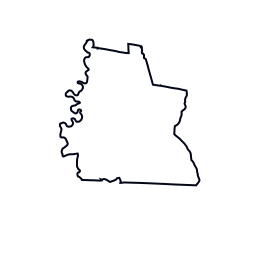 Zvoristea, Suceava, Romania, rotated 222°
{"feature_id": "2599482B58629353331319", "entity_name": "Zvoristea", "entity_type": "district", "adm_level": 2, "iso_a3": "ROU", "parent_name": "Romania", "parent_adm1": "Suceava", "projection": "robinson", "projection_center": [26.291, 47.82], "detail": "fine", "context": "isolated", "style": "outline", "palette": "ink", "viewbox_px": 256, "rotation_deg": 222, "n_neighbors": 0, "source": "geoboundaries", "source_scale": "gbopen_adm2", "svg_char_len": 5854}
<svg xmlns="http://www.w3.org/2000/svg" viewBox="0 0 256 256"><g transform="rotate(222 128 128)"><path d="M217.0,165.3L216.4,164.7L216.2,164.4L216.2,164.1L215.8,161.2L215.6,159.9L215.3,159.1L214.9,158.5L214.5,158.1L213.5,157.4L213.2,157.3L212.5,157.2L211.6,157.1L208.9,157.1L208.6,157.1L207.6,157.7L207.0,157.8L206.2,157.6L205.7,157.2L205.1,156.4L204.8,155.6L204.7,154.6L204.8,154.3L206.5,152.5L206.7,152.1L206.8,151.3L206.7,150.6L206.4,149.8L205.9,148.8L205.2,148.2L204.2,147.5L202.7,146.6L201.3,146.0L199.9,145.7L196.8,145.4L196.4,145.2L196.2,144.9L196.2,144.5L196.7,142.6L196.8,141.8L196.8,141.3L196.5,140.7L196.2,140.3L195.1,139.7L194.4,139.5L192.7,139.2L192.2,139.0L189.8,135.6L189.3,134.7L189.1,134.0L189.1,133.5L189.2,133.1L189.6,132.6L190.2,132.1L191.0,131.7L193.2,131.3L194.2,130.8L195.0,130.4L195.4,130.1L195.9,129.6L196.1,129.2L196.1,128.6L196.1,128.4L195.9,128.1L195.5,127.9L195.2,127.9L194.5,128.1L193.1,129.0L192.6,129.2L191.8,129.3L191.1,129.3L190.1,129.0L189.2,128.6L188.8,128.2L188.2,127.3L188.0,126.7L187.8,125.6L187.7,124.9L187.8,124.2L187.9,123.8L188.2,123.2L188.4,122.4L188.3,121.8L187.6,119.7L187.4,118.9L187.6,118.4L187.9,118.0L188.6,117.5L189.3,117.2L189.8,117.1L191.0,117.1L192.7,117.6L194.1,117.8L194.7,117.8L195.4,117.7L196.2,117.2L196.7,116.7L197.1,116.0L197.2,115.0L197.1,114.6L197.3,114.3L197.4,113.1L197.3,112.1L197.0,111.6L196.4,110.9L195.8,110.5L195.4,110.4L194.8,110.5L193.4,111.2L193.0,111.5L192.4,112.3L191.6,113.0L190.9,113.5L190.3,113.8L189.6,113.9L188.7,113.9L188.0,113.6L186.2,112.9L185.1,112.8L184.3,113.0L183.0,114.1L182.2,114.6L181.7,114.8L181.1,114.8L180.7,114.6L180.6,114.2L181.1,113.2L181.7,112.1L181.9,111.5L182.0,110.2L182.4,109.4L182.9,108.9L183.9,107.4L184.2,106.9L184.3,106.5L184.3,106.1L184.2,105.6L184.1,105.1L183.6,104.4L182.7,103.6L181.9,103.1L181.3,103.0L178.0,103.3L177.2,103.5L176.8,103.7L176.4,104.1L176.2,104.5L176.1,105.0L176.1,105.7L176.3,106.4L177.0,107.6L177.1,107.9L177.1,108.4L176.9,108.9L176.7,109.1L176.0,109.5L175.1,109.8L174.6,109.7L174.3,109.4L174.2,108.8L174.3,107.9L174.2,107.7L173.9,107.5L173.3,107.1L171.8,106.9L170.9,106.6L169.8,105.8L169.3,105.3L169.1,104.9L168.7,104.2L168.5,103.6L168.3,102.8L168.2,101.7L168.4,100.9L168.6,100.2L169.0,99.6L169.5,99.0L170.2,98.4L170.8,98.3L171.6,98.4L173.1,99.0L173.5,99.0L174.0,99.0L174.8,98.7L175.5,98.3L175.8,97.8L176.1,97.2L176.0,96.9L175.9,96.7L175.4,96.3L175.0,96.1L173.0,95.5L172.4,95.1L171.9,94.6L171.4,93.6L171.3,92.5L171.3,92.1L171.4,91.3L171.7,90.7L173.0,89.2L173.7,88.8L174.2,88.6L175.0,88.6L175.7,88.9L176.6,89.3L177.1,89.5L178.3,89.4L179.1,89.1L179.8,88.7L180.0,88.5L180.6,87.0L181.2,86.2L181.2,85.4L181.0,85.1L180.4,84.5L179.7,83.9L179.2,83.7L177.3,83.0L176.9,82.8L176.5,82.4L176.2,82.0L174.0,78.0L173.2,77.1L172.4,76.4L172.0,76.2L171.5,76.4L171.0,76.6L170.0,77.6L169.2,78.1L168.0,78.4L166.7,78.1L164.8,77.3L163.6,76.8L162.5,76.2L162.0,75.5L161.8,74.9L161.7,74.3L161.8,73.7L161.9,72.9L162.2,71.1L162.7,69.2L162.7,68.7L162.5,67.9L161.8,66.4L161.4,65.9L160.4,65.2L158.9,64.6L158.2,63.7L157.8,63.5L157.5,63.4L157.2,63.5L156.7,63.9L155.5,66.7L153.9,69.3L153.3,69.9L151.4,71.6L149.5,73.9L148.3,75.3L147.3,74.6L146.8,74.2L145.1,71.1L144.1,69.7L141.1,66.3L139.9,65.2L139.5,65.1L138.9,64.8L137.2,64.2L136.1,64.4L135.3,64.2L134.9,63.9L134.7,62.9L134.7,62.5L134.8,62.3L135.3,61.5L135.3,61.0L135.2,60.6L134.9,60.0L134.2,59.3L133.3,58.8L132.8,58.6L132.3,58.7L131.9,58.9L131.5,58.9L130.4,59.1L130.2,59.1L128.4,59.0L128.0,58.8L127.6,58.5L119.0,65.7L118.4,66.3L113.9,69.9L112.5,71.4L113.0,71.7L113.4,71.8L112.9,72.0L111.7,74.1L110.9,74.5L110.2,74.7L109.7,75.1L109.3,75.2L108.3,75.3L107.8,75.5L106.8,75.5L106.4,75.7L105.3,75.8L105.2,75.9L105.1,76.2L103.3,79.5L102.6,81.0L102.4,81.5L102.5,83.5L101.9,84.1L101.1,85.1L98.9,84.2L97.7,83.4L97.0,82.1L96.2,82.8L96.2,83.0L95.1,84.1L94.6,84.8L86.8,91.4L82.6,95.0L78.4,98.5L63.0,111.2L55.6,117.2L39.0,131.0L39.1,131.8L39.2,134.1L39.4,135.4L39.6,136.4L40.0,137.1L41.4,137.9L44.4,139.4L44.5,139.6L44.6,139.8L45.2,140.3L47.2,141.6L48.4,142.7L48.9,143.1L49.9,143.7L50.7,144.0L53.5,144.9L55.7,145.9L56.8,146.3L57.9,146.5L59.5,146.6L62.6,149.4L63.1,150.0L64.0,150.7L64.9,151.1L65.1,151.3L65.2,151.5L66.7,151.9L69.3,152.2L72.4,153.6L73.7,153.7L75.0,154.1L75.7,154.2L80.1,154.4L81.7,154.6L83.1,154.6L85.9,154.4L88.5,154.3L89.3,154.6L89.6,154.5L93.0,158.7L93.8,159.9L94.4,160.7L94.0,162.0L93.8,162.7L93.7,163.2L93.5,163.8L93.5,164.9L93.7,166.5L94.1,167.3L94.2,167.9L94.6,168.7L95.0,169.2L95.9,170.9L96.1,171.9L96.5,172.7L97.6,174.6L98.1,174.9L98.6,175.3L99.1,176.0L99.2,176.5L99.0,177.1L99.0,177.7L98.6,179.5L98.6,180.5L98.6,181.0L98.8,181.5L99.3,182.4L101.0,183.4L102.2,183.9L102.4,184.1L102.9,185.6L104.3,186.9L105.0,188.0L105.5,189.0L106.0,191.4L106.4,192.0L107.8,193.5L109.0,194.5L109.6,194.9L112.5,193.2L117.2,190.6L119.0,189.3L123.0,186.7L128.8,183.3L130.5,182.1L130.9,182.0L131.6,181.7L131.8,181.5L132.2,181.4L132.1,181.1L134.3,179.6L134.6,179.5L135.8,178.6L137.2,177.7L138.5,176.9L142.2,179.3L147.5,182.6L149.2,183.7L151.8,185.3L154.1,186.9L155.0,187.4L155.4,187.8L156.6,188.4L157.9,189.3L159.5,190.2L160.6,191.0L162.4,190.9L162.8,190.7L163.3,191.1L164.8,192.8L165.3,193.2L166.0,193.1L166.5,193.3L166.7,193.1L167.0,193.1L167.2,192.9L167.6,192.9L168.6,193.8L169.6,195.3L170.1,195.7L170.5,196.0L170.8,196.2L171.5,197.1L172.0,197.4L172.6,196.6L173.4,197.5L179.8,193.6L184.1,190.7L181.7,188.2L179.6,186.0L179.3,185.8L177.6,184.1L178.9,183.0L180.7,181.7L182.9,180.3L184.9,178.9L186.6,177.9L187.2,177.7L188.7,176.9L189.2,176.5L190.8,175.6L192.9,174.2L196.1,172.3L200.4,169.6L200.4,169.4L200.8,169.3L203.3,167.6L203.5,167.1L203.8,166.7L204.3,167.2L208.1,164.5L208.1,165.1L208.4,165.4L208.6,165.7L208.6,166.1L208.8,166.4L211.1,168.6L211.7,169.0L212.9,169.5L213.4,169.5L214.1,169.3L214.8,168.6L215.9,167.8L216.2,167.0L216.5,166.7L216.4,166.1L217.0,165.3Z" fill="none" stroke="#020617" stroke-width="2"/></g></svg>